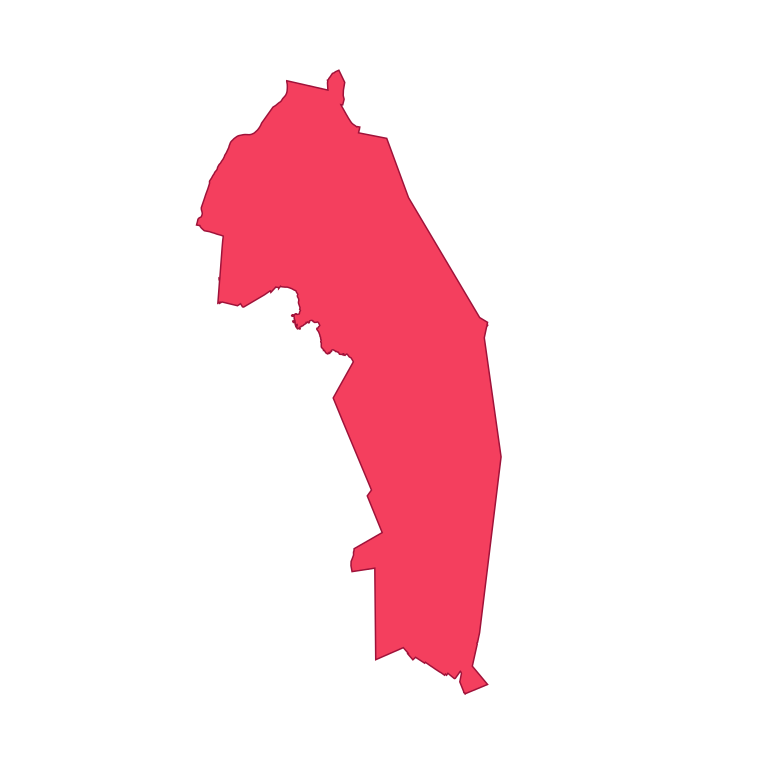 Westerwolde, Groningen, Netherlands, rotated 336°
{"feature_id": "6326949B51666543137940", "entity_name": "Westerwolde", "entity_type": "district", "adm_level": 2, "iso_a3": "NLD", "parent_name": "Netherlands", "parent_adm1": "Groningen", "projection": "mercator", "projection_center": [7.085, 52.999], "detail": "fine", "context": "isolated", "style": "filled", "palette": "rose", "viewbox_px": 768, "rotation_deg": 336, "n_neighbors": 0, "source": "geoboundaries", "source_scale": "gbopen_adm2", "svg_char_len": 5885}
<svg xmlns="http://www.w3.org/2000/svg" viewBox="0 0 768 768"><g transform="rotate(336 384 384)"><path d="M278.5,542.4L300.7,548.5L264.3,632.5L294.4,632.7L296.6,639.9L295.9,640.0L298.2,647.7L301.7,646.5L307.6,655.6L308.6,655.0L312.4,661.3L312.5,661.3L314.7,665.0L317.8,669.8L318.6,670.8L320.9,674.7L322.1,674.0L322.7,675.5L324.7,674.3L328.4,681.6L328.6,681.8L329.0,681.9L329.6,681.8L335.3,678.4L336.1,677.8L336.9,677.5L337.0,677.7L337.1,679.6L336.9,680.1L332.1,686.9L331.7,697.2L331.4,698.4L331.8,698.8L331.9,699.1L332.2,699.3L331.9,700.0L332.1,700.2L332.3,700.0L356.4,700.6L349.9,677.7L363.4,659.5L363.4,658.5L364.5,658.0L364.9,657.3L364.9,657.1L365.1,657.1L370.1,650.2L461.3,498.2L494.4,382.6L501.0,373.5L502.6,372.5L502.1,372.0L503.7,369.8L498.4,362.2L482.2,223.7L486.4,160.7L462.9,144.2L463.2,143.7L463.7,143.3L463.8,142.8L464.8,141.8L466.4,139.4L464.3,138.0L464.0,138.1L463.8,138.1L462.2,135.4L461.6,134.5L461.1,133.5L460.6,132.3L460.1,129.8L459.7,126.9L459.6,126.3L459.5,125.1L459.2,122.5L458.2,111.7L458.2,111.2L459.8,112.2L463.2,107.9L463.4,107.5L463.5,107.1L463.8,105.3L464.1,103.8L466.4,99.1L470.8,92.5L470.4,79.0L466.5,79.0L465.2,79.4L463.2,79.3L459.7,81.5L458.0,82.4L457.3,83.0L456.1,83.6L455.9,83.5L455.8,83.8L455.5,85.1L454.9,85.8L452.6,91.8L452.3,92.7L418.5,67.4L418.3,67.7L417.5,70.9L416.7,72.9L415.9,74.6L414.6,77.0L414.1,77.7L413.1,78.9L411.7,80.1L410.4,80.8L407.5,82.1L405.3,83.6L404.6,83.9L404.0,84.1L402.9,84.2L401.7,84.5L398.3,85.5L395.2,85.9L378.3,95.9L376.7,97.4L375.4,98.4L373.5,99.6L371.6,100.6L367.7,101.9L366.7,102.0L364.4,102.0L363.1,101.7L362.2,101.4L358.6,99.6L356.8,99.0L352.6,98.1L351.5,98.0L350.2,98.1L347.3,98.7L346.3,99.0L344.9,99.6L343.7,100.0L342.8,100.4L341.9,101.0L340.5,102.4L339.5,103.4L338.4,104.8L337.6,105.5L333.9,108.7L331.5,110.3L330.7,111.3L328.2,113.3L326.1,114.5L324.5,115.7L323.0,116.3L322.4,116.6L320.2,118.3L319.2,119.6L318.7,120.1L317.9,120.6L315.8,121.6L315.2,122.0L314.4,122.8L312.9,123.7L311.6,124.6L310.7,125.4L307.3,127.6L306.9,128.1L306.4,129.4L305.9,130.2L305.6,130.5L304.1,132.2L302.5,134.0L298.3,138.3L295.5,141.4L294.3,142.7L288.9,148.5L288.5,149.3L288.1,150.4L288.0,150.9L287.9,152.0L287.5,153.9L287.3,154.4L286.7,155.3L285.3,156.7L285.0,156.9L284.5,157.0L282.6,157.1L281.8,157.4L281.1,157.8L280.6,158.4L279.3,160.2L277.4,162.5L279.0,163.6L280.2,164.3L280.1,165.2L280.6,167.3L281.2,168.7L282.1,170.7L282.5,171.1L286.7,174.0L288.4,175.6L290.1,177.0L292.4,179.2L295.6,181.8L297.0,183.2L297.2,183.3L297.2,183.6L296.7,184.6L295.1,187.2L291.4,193.9L290.5,195.6L276.6,221.4L276.2,220.5L275.8,221.5L275.7,222.1L275.6,223.1L265.1,242.6L267.2,242.5L266.7,243.4L269.4,243.2L282.0,252.9L285.6,252.3L286.1,255.9L286.3,256.1L286.6,256.4L287.3,256.6L311.0,253.9L317.9,252.6L318.0,252.6L318.1,252.8L317.9,254.3L324.7,251.4L324.9,251.7L326.9,253.0L327.1,253.1L326.7,253.9L329.3,252.6L329.6,253.2L330.3,253.7L333.3,255.4L334.5,255.9L335.1,256.2L336.8,257.7L338.6,259.5L339.9,261.3L340.3,261.8L341.4,262.9L341.4,265.0L341.7,266.2L341.7,266.8L341.6,267.3L340.8,268.0L340.6,268.5L340.4,269.3L340.6,269.7L340.6,270.2L340.6,271.6L340.3,272.5L340.0,273.2L339.2,274.3L338.8,275.2L338.3,280.3L338.1,280.6L337.3,281.5L337.6,282.4L337.6,282.8L336.2,283.9L335.6,284.9L335.3,285.3L334.9,285.5L333.1,285.2L332.2,284.6L332.4,284.2L331.9,283.9L330.9,284.0L330.0,284.7L329.8,284.8L329.6,284.7L330.0,284.2L329.4,284.1L329.0,283.7L328.6,283.5L327.7,283.7L327.5,283.8L327.4,284.2L327.6,284.6L327.9,284.9L328.7,285.3L329.0,285.5L329.2,286.1L328.8,287.6L328.6,287.9L328.4,288.0L328.5,289.2L328.3,290.4L328.2,290.6L327.9,290.7L327.6,289.9L327.2,289.5L326.2,289.4L326.1,289.8L326.2,290.4L326.2,290.9L326.3,291.0L326.9,291.3L327.7,291.3L327.9,291.4L327.8,292.3L327.3,292.7L327.2,292.9L327.4,294.2L327.8,294.6L328.6,294.2L328.8,294.2L328.8,294.5L328.8,294.8L328.7,295.0L327.8,295.8L327.5,295.9L327.2,295.7L326.9,295.1L326.8,295.8L326.9,296.3L327.5,297.6L327.2,297.7L327.2,298.0L327.5,298.5L328.2,298.3L329.1,299.2L329.2,299.4L329.6,299.6L329.9,299.5L330.0,299.2L329.7,298.4L329.8,298.1L330.6,297.9L331.6,297.9L331.8,297.8L332.0,297.6L333.0,297.8L333.8,297.7L334.5,297.5L335.0,297.2L335.8,297.2L337.5,296.9L337.7,296.2L337.9,296.0L338.1,296.1L338.7,296.5L339.3,296.4L339.3,296.7L339.5,296.9L340.1,297.0L340.2,297.6L340.5,297.6L340.8,297.5L340.9,297.4L340.8,296.7L341.4,296.4L341.8,296.1L342.2,296.2L343.1,296.2L343.8,296.5L344.3,296.8L344.4,297.0L344.5,297.6L344.9,297.8L345.0,297.9L345.0,298.0L344.8,298.3L344.8,298.5L345.3,298.9L345.6,299.5L347.1,300.1L348.0,300.2L348.6,300.4L348.9,301.0L349.1,301.7L349.2,304.3L349.1,304.5L348.1,305.0L347.4,305.2L346.4,306.0L345.4,305.8L345.1,306.2L344.9,306.6L344.9,306.9L345.2,308.4L345.5,309.6L345.4,311.9L345.3,313.0L345.1,314.2L344.9,314.7L345.1,315.3L344.4,317.4L344.5,318.1L344.4,318.4L344.2,318.8L343.6,319.2L343.3,320.2L343.5,320.9L343.5,321.1L343.4,321.3L343.0,321.7L342.9,322.1L342.6,322.7L341.8,324.6L341.8,325.2L342.6,327.7L342.6,328.4L342.4,328.8L343.1,329.0L343.4,330.8L343.4,331.3L343.5,331.8L344.3,333.1L344.6,333.5L345.0,333.7L345.4,333.2L345.7,333.1L346.5,333.8L346.8,333.9L346.9,333.7L347.0,332.9L347.4,333.0L347.7,333.3L347.8,333.3L348.5,333.0L349.0,332.9L348.8,332.6L348.9,332.4L349.5,332.2L350.3,331.8L351.3,331.9L351.8,332.5L352.5,333.4L353.2,334.8L353.7,334.8L354.6,336.0L355.1,336.2L355.2,337.0L355.5,337.8L355.4,338.5L355.5,338.7L356.5,339.3L357.4,339.7L357.8,340.2L357.9,340.4L358.2,340.4L358.4,340.2L358.9,339.7L359.4,339.9L359.5,340.0L359.4,340.8L359.1,341.2L359.1,341.4L359.3,341.4L359.5,341.3L360.0,342.0L361.1,341.6L362.2,341.5L362.5,341.9L362.6,342.1L363.3,345.1L364.5,346.7L364.6,347.0L365.0,350.8L365.0,351.3L341.6,368.8L331.9,376.1L331.2,400.1L329.6,468.8L329.4,475.8L323.2,479.4L321.9,519.0L289.7,522.3L289.1,523.5L288.3,524.7L288.1,525.0L287.9,525.0L287.7,525.3L286.6,527.9L283.2,531.4L281.8,532.7L279.9,536.6L278.5,542.4Z" fill="#f43f5e" stroke="#9f1239" stroke-width="1.5"/></g></svg>